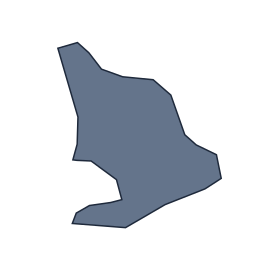 the border of Brčko Distrikt, rotated 255°
{"feature_id": "BIH-4803", "entity_name": "Brčko Distrikt", "entity_type": "state/province", "adm_level": 1, "iso_a3": "BIH", "parent_name": "Bosnia and Herzegovina", "parent_adm1": "", "projection": "natural_earth1", "projection_center": [18.842, 44.819], "detail": "fine", "context": "isolated", "style": "filled", "palette": "slate", "viewbox_px": 256, "rotation_deg": 255, "n_neighbors": 0, "source": "natural_earth", "source_scale": "10m", "svg_char_len": 459}
<svg xmlns="http://www.w3.org/2000/svg" viewBox="0 0 256 256"><g transform="rotate(255 128 128)"><path d="M111.5,66.5L125.5,74.7L151.5,82.5L223.2,80.9L223.6,101.3L210.7,109.7L191.7,117.6L178.9,136.0L168.1,164.8L148.7,177.9L106.8,181.1L94.0,189.5L79.3,206.5L55.2,205.0L49.3,186.7L44.4,144.0L32.4,99.8L50.2,49.5L59.2,56.0L63.1,70.7L60.5,92.0L60.4,103.5L81.1,103.5L105.7,83.8L110.0,70.2L111.5,66.5Z" fill="#64748b" stroke="#1e293b" stroke-width="1.5"/></g></svg>